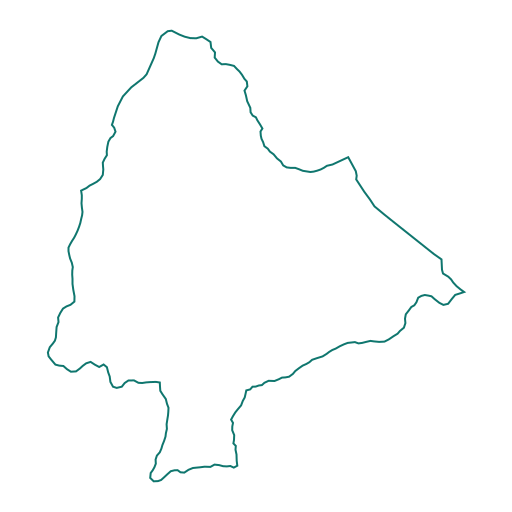 Canápolis, Minas Gerais, Brazil
{"feature_id": "56859067B42327776288261", "entity_name": "Canápolis", "entity_type": "district", "adm_level": 2, "iso_a3": "BRA", "parent_name": "Brazil", "parent_adm1": "Minas Gerais", "projection": "albers", "projection_center": [-49.278, -18.757], "detail": "fine", "context": "isolated", "style": "outline", "palette": "teal", "viewbox_px": 512, "rotation_deg": 0, "n_neighbors": 0, "source": "geoboundaries", "source_scale": "gbopen_adm2", "svg_char_len": 3741}
<svg xmlns="http://www.w3.org/2000/svg" viewBox="0 0 512 512"><path d="M81.1,190.6L81.8,195.2L81.8,198.8L81.5,203.3L81.9,207.6L82.5,211.9L82.1,215.3L81.2,218.9L80.3,223.0L79.1,226.7L77.6,230.6L75.9,234.3L74.2,237.6L72.0,241.0L70.1,244.3L68.5,247.6L68.5,251.2L69.3,255.2L70.1,258.5L71.8,262.7L72.8,267.1L72.3,270.5L72.2,274.7L72.5,278.8L72.5,284.0L73.3,289.8L74.5,296.2L74.4,301.6L70.5,304.8L66.5,306.4L63.0,308.6L60.3,312.9L58.1,317.5L58.5,322.1L56.6,327.0L56.2,332.6L55.9,337.4L54.9,340.7L52.9,343.5L49.8,347.2L47.9,352.5L48.6,356.3L51.0,359.4L53.1,361.9L55.4,364.6L59.2,365.6L63.4,366.0L67.0,369.2L70.9,371.7L76.0,371.4L79.9,368.5L82.7,365.9L86.2,363.3L90.6,361.9L94.9,364.7L99.2,367.0L103.6,364.5L106.9,367.2L108.2,372.4L109.7,376.5L110.4,381.9L113.0,386.7L116.7,387.9L121.8,386.7L124.7,383.0L128.4,380.5L134.0,380.4L138.4,382.8L142.2,383.0L146.1,382.4L150.2,382.1L155.9,381.9L159.8,382.5L160.0,386.7L160.3,390.8L162.5,394.3L165.8,399.0L167.0,403.8L168.5,407.8L168.3,411.9L168.0,415.4L167.3,419.7L166.6,424.2L166.9,428.9L165.9,433.2L165.5,436.6L164.1,440.9L162.4,445.1L161.4,448.6L159.8,452.3L156.9,455.6L155.6,459.5L155.8,463.7L154.4,467.3L152.7,470.3L150.7,473.0L150.2,477.9L153.7,481.3L158.0,481.1L161.1,480.0L164.1,477.3L167.3,474.3L170.8,471.2L174.5,470.3L177.6,470.2L180.5,472.3L184.3,472.6L188.5,469.8L192.9,468.0L196.8,467.6L200.0,467.3L204.6,466.7L210.4,466.9L214.5,464.6L219.1,465.1L223.1,466.2L226.9,466.4L230.3,466.0L233.8,467.6L237.3,465.7L236.7,460.8L236.5,454.5L235.5,449.7L235.8,445.9L233.4,443.4L234.0,440.0L234.2,435.1L232.2,430.2L232.3,426.4L233.0,422.9L231.1,419.6L233.0,416.1L235.3,412.4L237.7,409.4L241.1,405.4L242.8,400.9L244.7,397.5L245.5,394.1L246.3,390.4L250.2,389.4L252.5,386.7L255.7,386.6L258.8,385.5L261.9,385.1L264.4,382.8L268.6,380.8L274.5,381.0L278.9,379.2L282.0,377.6L285.4,377.4L289.1,376.7L292.9,373.9L295.3,371.0L299.1,368.1L302.7,365.6L306.3,364.0L309.4,362.2L312.1,359.8L316.8,358.2L322.6,356.4L326.6,353.9L329.2,351.9L332.3,350.0L335.7,348.6L339.9,346.2L344.0,344.3L347.7,342.9L351.4,342.5L354.9,342.1L358.5,343.4L362.2,342.9L366.1,341.9L370.4,340.9L374.0,341.4L379.2,341.9L384.5,341.6L388.8,339.4L393.5,336.2L397.6,333.7L400.0,330.9L403.9,327.7L405.4,323.1L405.0,318.7L405.8,314.3L409.0,310.2L411.3,307.0L414.3,305.3L416.4,302.3L418.2,297.7L421.4,295.9L424.8,295.0L428.4,295.6L431.5,296.3L434.6,299.1L439.3,302.8L443.4,304.9L448.1,303.8L451.8,299.0L455.2,294.9L460.3,293.3L464.1,292.0L460.5,289.4L456.6,286.2L453.2,282.5L451.1,279.4L448.3,276.7L443.0,273.5L442.0,269.8L441.5,259.4L433.7,253.9L391.1,220.0L384.5,214.7L374.5,206.4L369.9,199.4L364.3,191.8L356.2,179.4L356.7,175.7L355.8,171.2L348.2,157.2L344.3,159.0L332.5,164.5L326.9,165.8L323.9,167.8L320.6,169.5L317.1,170.7L313.7,171.6L310.4,172.0L307.2,171.5L302.8,170.8L298.9,169.2L295.3,167.9L290.8,167.9L286.7,167.4L283.2,165.4L280.9,161.5L277.0,158.4L273.6,154.3L269.9,151.6L267.8,148.7L264.4,146.2L263.1,142.1L261.5,138.8L260.8,135.6L260.5,131.5L262.4,128.5L260.0,124.4L257.3,120.2L255.9,117.3L252.7,115.6L250.6,112.3L250.3,107.8L248.8,104.6L247.2,101.2L245.9,95.3L244.5,90.6L247.4,86.3L246.8,81.5L244.4,78.8L242.0,74.8L239.5,71.5L237.0,69.1L234.0,65.9L229.6,64.8L225.8,64.1L221.7,64.3L217.9,61.6L214.7,57.6L215.0,52.4L211.2,47.9L210.5,42.0L206.3,39.2L202.1,36.6L196.2,38.3L190.3,38.1L184.7,36.7L179.4,34.6L171.7,30.7L167.7,31.2L161.4,36.0L158.5,42.2L155.3,53.7L153.8,58.1L146.6,74.3L143.4,77.9L131.3,87.3L122.9,96.4L117.8,106.3L114.0,117.9L113.0,121.8L111.9,124.9L114.2,127.7L115.5,131.7L113.1,136.1L110.5,138.0L108.4,141.6L107.3,146.8L106.7,151.6L106.9,155.2L104.6,158.8L102.8,162.6L103.0,166.1L103.3,169.5L102.8,174.9L100.1,179.1L96.8,181.8L93.0,183.9L89.6,185.6L86.5,188.0L81.1,190.6Z" fill="none" stroke="#0f766e" stroke-width="2"/></svg>